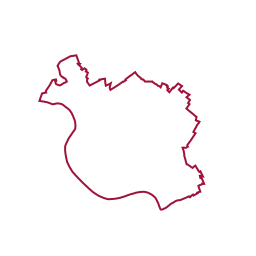 Khoai Chau, Hưng Yên, Vietnam (Robinson projection), rotated 332°
{"feature_id": "81297802B59998896925567", "entity_name": "Khoai Chau", "entity_type": "district", "adm_level": 2, "iso_a3": "VNM", "parent_name": "Vietnam", "parent_adm1": "Hưng Yên", "projection": "robinson", "projection_center": [105.98, 20.831], "detail": "fine", "context": "isolated", "style": "outline", "palette": "rose", "viewbox_px": 256, "rotation_deg": 332, "n_neighbors": 0, "source": "geoboundaries", "source_scale": "gbopen_adm2", "svg_char_len": 5239}
<svg xmlns="http://www.w3.org/2000/svg" viewBox="0 0 256 256"><g transform="rotate(332 128 128)"><path d="M194.2,121.0L192.2,122.0L191.6,120.1L191.0,117.9L194.1,116.8L195.4,116.3L193.1,112.2L189.0,113.6L187.3,114.1L187.2,113.7L186.4,114.0L186.3,113.6L183.4,114.9L181.3,115.8L180.5,113.0L182.5,112.4L181.5,110.8L182.7,109.9L182.2,109.4L182.4,109.1L182.0,108.4L182.3,108.2L182.1,107.9L181.0,106.5L179.3,104.6L175.9,107.4L175.5,106.2L175.2,105.7L174.8,105.2L174.5,105.0L174.2,104.7L174.1,104.4L174.0,104.0L173.9,103.6L173.6,103.0L173.4,102.5L173.0,102.1L172.7,101.8L172.5,101.5L172.4,101.2L172.3,100.9L172.2,100.6L172.1,100.2L171.8,99.8L171.5,99.5L171.3,99.2L171.2,98.9L171.2,98.5L171.2,98.3L170.5,98.0L169.9,97.7L168.8,97.1L166.6,95.9L164.8,95.0L164.3,92.4L164.0,92.3L163.5,92.0L163.3,91.7L162.9,91.3L162.7,90.9L163.0,90.5L161.4,86.8L160.9,84.8L160.7,83.4L160.6,82.1L159.7,82.2L158.7,82.3L157.4,82.6L156.3,82.8L155.5,82.9L154.9,82.8L148.6,83.9L148.6,84.8L145.6,85.1L145.3,84.7L138.9,85.5L133.1,85.9L130.4,86.1L130.5,84.7L130.8,83.8L131.8,82.6L133.8,80.4L132.5,80.5L128.3,80.2L129.2,77.4L130.4,74.7L130.8,73.6L125.9,72.0L125.5,71.9L125.5,72.6L125.0,72.6L120.0,72.6L114.1,72.5L114.0,71.5L113.8,70.0L113.6,68.8L113.6,67.7L114.5,66.3L114.8,65.7L115.4,65.6L115.7,65.5L115.0,63.4L115.8,62.7L117.2,61.6L118.6,60.2L117.3,58.3L118.6,57.4L118.6,57.0L118.3,56.3L117.7,54.9L115.4,55.2L114.8,55.3L114.2,54.1L115.4,53.1L114.4,49.6L115.6,48.9L114.8,48.5L114.3,48.4L113.9,48.5L113.8,47.5L114.4,47.4L114.9,47.5L115.3,47.7L116.5,39.6L115.2,39.1L113.5,38.6L110.9,37.6L102.6,37.6L100.0,37.6L99.0,37.8L97.0,38.8L95.8,39.6L95.4,39.8L95.3,40.2L95.0,40.2L94.9,41.1L94.7,43.2L94.7,43.4L94.6,44.2L94.4,45.2L94.2,45.9L93.5,47.8L93.2,48.8L93.2,49.2L93.3,49.9L93.4,50.8L93.5,51.3L94.7,53.0L94.5,53.3L95.9,55.2L95.9,56.9L95.9,58.0L95.6,58.4L94.2,58.4L92.7,58.2L91.8,58.2L89.8,58.4L87.9,58.5L86.4,57.1L85.1,55.3L85.2,54.2L85.6,52.8L86.7,52.9L87.0,52.2L87.2,51.3L85.0,50.6L83.8,50.3L79.1,53.4L72.7,56.8L72.4,58.3L71.9,58.1L70.6,57.8L68.9,57.3L68.7,57.1L68.2,57.2L67.1,58.3L64.2,60.9L62.6,62.6L62.8,62.7L66.2,65.3L68.5,67.1L69.8,68.5L71.0,69.9L72.6,71.6L73.4,72.0L74.6,72.3L75.8,72.6L77.0,73.0L79.0,74.3L80.0,75.1L81.2,76.5L81.9,78.0L82.7,80.0L83.5,81.4L83.6,81.7L84.5,83.7L85.0,85.8L85.1,87.3L85.2,87.6L85.2,89.1L85.1,90.9L85.0,92.5L84.8,93.8L84.6,95.9L84.0,98.2L83.0,100.7L82.1,102.3L81.0,103.9L80.3,104.4L77.1,106.0L75.2,107.0L72.7,108.3L71.1,109.1L69.1,110.5L67.1,112.0L66.6,112.4L66.3,112.6L64.7,113.9L63.7,115.0L62.9,116.5L62.1,118.0L61.1,120.4L60.3,122.5L60.2,123.0L59.4,125.5L58.5,128.7L58.3,129.9L58.2,131.4L58.2,132.5L58.2,133.3L58.2,133.6L58.1,134.9L58.2,136.7L58.3,137.9L58.3,139.1L58.4,139.9L58.4,140.6L58.7,141.9L59.0,142.9L59.3,144.3L59.6,145.5L59.9,146.5L60.2,147.7L62.1,154.2L62.9,156.6L63.1,157.4L63.6,158.7L63.9,159.6L64.2,160.4L65.2,163.5L66.9,167.9L67.9,169.9L69.9,173.4L70.0,173.6L71.1,175.2L71.8,176.0L72.3,176.7L73.7,178.3L75.3,180.0L76.8,181.3L77.0,181.5L77.8,182.0L78.4,182.2L81.2,183.5L83.7,184.5L86.7,185.5L89.2,186.1L92.1,186.7L96.7,187.3L99.0,187.7L102.5,188.5L103.6,188.7L104.0,188.7L107.9,189.9L110.8,191.1L112.7,192.2L113.9,193.2L114.8,194.0L116.5,196.2L117.8,198.3L118.4,199.8L118.9,200.8L119.4,202.5L119.4,202.9L119.5,205.0L119.3,208.8L118.8,212.2L118.6,213.7L118.6,214.9L118.6,215.3L119.6,215.9L120.4,216.2L121.6,216.1L123.6,216.3L125.3,216.1L127.6,215.6L128.7,215.5L129.5,215.2L130.1,215.1L133.8,215.1L134.2,215.0L134.9,214.9L135.9,214.9L136.7,215.0L137.9,215.2L139.0,215.6L139.9,216.1L142.6,216.4L144.6,216.6L146.7,216.8L147.7,216.8L149.0,216.9L149.6,216.9L149.8,217.0L150.0,217.2L150.0,217.4L150.0,217.7L150.0,218.0L150.2,218.3L150.3,218.3L150.8,218.2L151.6,217.7L152.5,217.4L153.4,217.4L154.1,217.3L154.1,218.4L158.5,218.3L158.9,218.3L158.9,217.6L160.1,217.7L161.0,217.9L161.9,218.2L162.1,217.3L162.2,216.4L162.4,215.3L162.5,214.6L162.7,213.5L162.9,212.7L163.0,212.1L163.4,212.1L164.4,212.1L165.2,212.2L165.9,212.3L167.3,212.5L167.5,212.0L169.0,213.0L169.2,210.6L169.5,207.0L168.4,206.2L168.7,205.0L169.0,203.9L169.7,204.2L170.1,204.3L169.9,205.1L171.4,206.1L171.4,204.9L171.5,204.4L171.5,202.5L171.6,200.2L170.3,200.2L170.2,199.3L170.1,198.2L170.0,196.2L169.9,194.3L169.8,192.8L167.9,193.1L167.1,193.3L166.5,193.5L166.2,193.5L165.3,191.7L164.3,189.7L163.2,187.7L162.7,187.5L163.2,185.3L163.9,182.6L164.4,180.2L164.7,178.7L164.8,178.5L165.0,178.3L165.2,178.1L166.4,174.4L166.8,171.7L166.9,171.0L167.7,171.3L168.7,172.0L169.1,172.3L169.6,172.6L169.9,172.7L170.2,172.7L170.5,172.7L170.8,172.6L171.0,172.4L171.3,172.4L171.6,172.3L172.1,172.5L172.1,171.9L172.2,171.3L172.3,171.1L172.5,170.8L173.0,170.6L175.3,169.5L178.3,168.0L185.2,164.3L183.9,162.2L184.7,161.6L186.1,160.7L186.8,160.2L187.3,160.0L188.0,159.5L188.8,159.0L189.5,158.5L190.1,158.1L190.5,157.8L191.0,157.6L191.6,157.2L192.6,156.9L193.4,156.5L194.1,156.0L193.7,155.5L192.9,154.7L191.9,153.6L191.5,153.0L191.9,152.6L193.7,150.4L193.0,148.8L192.4,147.4L192.1,146.3L191.3,144.7L191.0,143.9L190.3,142.3L188.8,138.5L188.7,138.2L189.8,137.7L193.5,135.8L192.8,134.2L193.6,133.7L194.4,133.2L195.5,132.6L195.9,132.3L195.4,131.1L194.8,129.8L194.4,129.0L194.1,128.3L194.5,128.2L196.2,127.8L197.9,127.5L196.3,124.9L194.2,121.0Z" fill="none" stroke="#9f1239" stroke-width="2"/></g></svg>